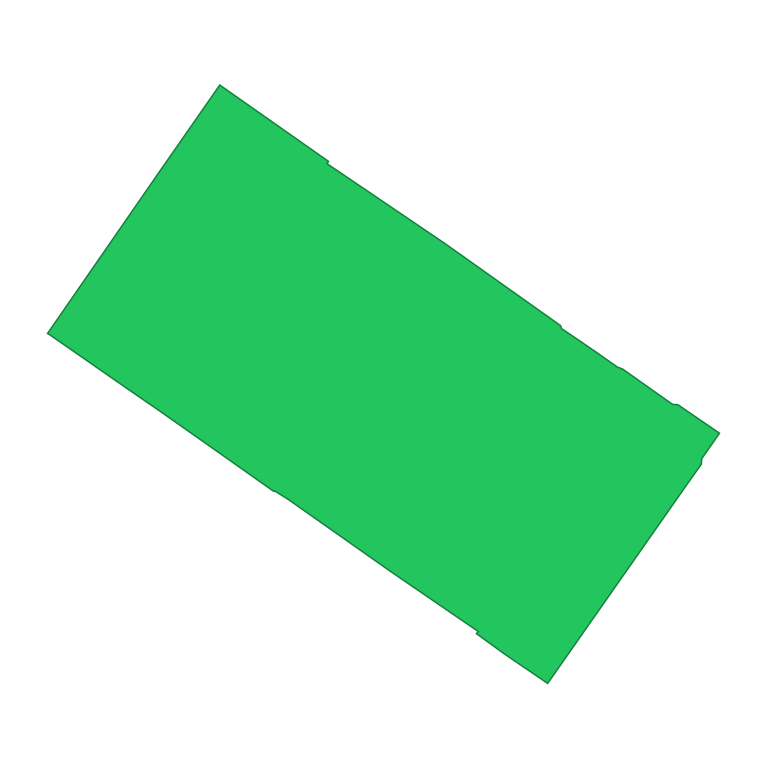 the district of Campbell, Wyoming, United States of America, rotated 125°
{"feature_id": "52423323B69169088112186", "entity_name": "Campbell", "entity_type": "district", "adm_level": 2, "iso_a3": "USA", "parent_name": "United States of America", "parent_adm1": "Wyoming", "projection": "natural_earth1", "projection_center": [-105.604, 44.248], "detail": "fine", "context": "isolated", "style": "filled", "palette": "green", "viewbox_px": 768, "rotation_deg": 125, "n_neighbors": 0, "source": "geoboundaries", "source_scale": "gbopen_adm2", "svg_char_len": 559}
<svg xmlns="http://www.w3.org/2000/svg" viewBox="0 0 768 768"><g transform="rotate(125 384 384)"><path d="M231.9,80.9L232.4,131.5L235.2,136.0L234.9,197.2L236.3,202.8L236.2,226.0L236.5,255.3L236.8,270.3L234.9,272.7L234.0,415.5L236.2,557.1L233.5,557.1L233.3,690.0L340.5,689.7L535.6,688.6L535.4,686.1L535.1,590.3L534.8,554.9L534.9,498.2L535.2,412.8L534.3,412.0L533.5,396.4L533.8,270.0L532.7,164.8L535.5,165.1L536.1,130.6L535.4,78.2L441.1,78.2L288.5,78.2L267.6,78.0L267.3,78.3L262.9,80.9L231.9,80.9Z" fill="#22c55e" stroke="#15803d" stroke-width="1.5"/></g></svg>